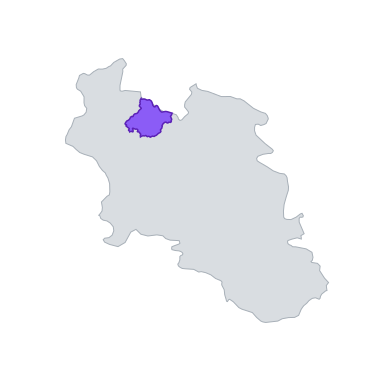 Toplicki highlighted on a map of Republic of Serbia, rotated 166°
{"feature_id": "SRB-835", "entity_name": "Toplicki", "entity_type": "District", "adm_level": 1, "iso_a3": "SRB", "parent_name": "Republic of Serbia", "parent_adm1": "", "projection": "mercator", "projection_center": [21.443, 43.114], "detail": "fine", "context": "in_parent", "style": "filled", "palette": "violet", "viewbox_px": 384, "rotation_deg": 166, "n_neighbors": 0, "source": "natural_earth", "source_scale": "10m", "svg_char_len": 7739}
<svg xmlns="http://www.w3.org/2000/svg" viewBox="0 0 384 384"><g transform="rotate(166 192 192)"><path d="M216.2,147.9L224.9,150.6L228.8,153.2L230.9,156.6L236.5,158.9L245.5,160.0L251.8,163.4L255.4,169.3L261.1,167.9L269.1,159.2L277.0,156.9L284.7,161.1L288.9,164.5L289.7,167.2L287.9,168.3L283.6,167.8L280.0,169.4L277.3,173.2L276.8,177.3L278.8,181.6L281.5,184.5L285.0,186.2L286.9,188.4L287.2,191.3L288.1,192.0L286.1,193.4L283.9,195.3L282.7,198.7L282.3,204.2L275.5,208.4L272.9,209.2L271.7,212.0L269.9,220.0L270.2,226.0L271.1,229.0L271.5,231.5L273.7,234.6L275.7,239.2L277.1,245.4L280.0,250.1L287.7,254.8L291.4,257.5L294.2,261.4L296.4,265.0L302.6,269.7L302.2,273.1L300.8,276.4L299.3,277.9L296.2,282.1L293.2,284.5L288.2,292.0L280.2,292.4L278.3,292.9L275.4,295.0L273.9,298.7L275.3,301.7L275.2,304.7L273.7,310.5L275.6,316.7L278.4,319.6L278.9,321.2L278.4,324.2L274.2,330.1L273.0,332.3L268.8,333.4L267.4,332.8L265.2,330.8L263.2,330.2L258.2,332.6L253.2,334.0L249.2,332.9L245.3,332.8L242.5,333.8L240.5,334.1L236.5,336.7L230.0,338.5L227.0,338.2L225.9,335.8L224.7,332.3L225.3,330.8L229.5,328.0L230.0,325.5L236.0,313.0L237.1,308.9L237.2,307.6L235.6,306.7L232.3,306.7L217.8,301.6L218.5,295.8L214.2,292.6L209.6,289.8L208.8,286.7L203.7,280.3L200.0,276.8L195.2,275.0L191.1,272.4L188.6,270.8L187.5,267.8L187.5,266.0L186.3,264.3L184.3,264.5L180.9,266.9L176.8,268.9L176.0,270.4L177.5,273.9L178.6,276.2L178.1,278.3L176.8,281.0L168.9,286.9L168.0,289.0L169.5,292.3L168.5,293.9L161.9,296.0L162.0,294.2L161.6,291.3L157.8,288.2L152.4,285.8L140.5,277.5L135.9,276.4L131.7,275.4L125.9,271.5L122.8,270.8L119.5,267.9L112.1,258.3L105.9,253.1L101.7,250.5L100.5,247.9L100.2,245.2L100.4,244.3L103.6,240.5L106.1,240.0L109.2,239.9L111.3,241.8L114.1,242.2L115.6,239.7L116.5,236.2L116.1,231.7L109.4,221.3L103.7,214.0L103.1,212.4L104.3,211.0L106.3,210.3L108.4,210.9L114.0,211.4L119.4,210.7L121.2,208.9L121.2,206.5L119.2,204.3L113.0,198.3L108.1,192.9L102.4,188.9L98.1,187.2L96.8,185.1L96.3,182.9L96.8,178.8L97.1,173.6L98.1,170.4L101.9,164.2L105.6,157.7L107.9,151.3L109.1,145.5L108.6,143.8L106.7,142.5L102.6,141.3L97.0,142.4L92.2,144.5L90.4,144.7L89.7,142.0L90.5,140.9L92.0,141.0L93.2,141.5L94.5,140.3L95.3,136.8L93.3,124.4L96.9,123.3L97.0,121.5L97.3,119.9L101.0,122.1L106.2,122.1L110.7,121.7L111.4,120.5L111.4,118.7L110.4,117.3L108.8,116.2L107.6,114.5L104.6,113.7L95.0,109.2L90.2,104.5L90.4,99.4L91.8,96.6L93.4,95.7L92.9,94.7L87.5,92.4L85.6,89.1L87.2,84.9L84.3,76.4L81.4,71.1L84.3,68.8L84.7,65.6L84.9,63.7L86.1,63.8L90.8,61.6L92.5,59.8L93.5,57.8L94.6,57.2L97.8,59.5L101.1,59.7L104.8,58.3L107.6,56.3L111.0,54.7L112.5,53.5L114.4,51.8L118.4,46.5L122.8,45.5L128.7,46.8L135.1,47.2L139.9,46.0L152.1,47.6L154.7,48.8L156.4,50.1L159.6,54.6L162.6,60.4L166.9,63.1L171.9,66.2L174.5,68.5L178.4,75.4L181.4,78.8L182.4,78.7L183.4,77.8L184.1,77.1L184.9,77.7L184.9,79.8L185.1,84.4L184.4,89.4L185.5,94.0L185.5,95.5L184.8,96.8L184.8,98.0L185.9,99.3L190.0,102.3L193.8,107.1L198.2,110.4L202.3,112.5L204.8,112.7L209.0,116.5L217.3,119.2L220.0,120.2L221.8,121.8L223.1,123.6L223.2,125.5L221.9,126.5L220.2,129.1L219.4,132.3L218.1,133.1L216.8,133.2L215.8,134.1L216.0,135.5L217.1,136.8L218.8,138.0L222.2,139.2L225.4,140.9L225.4,142.3L224.7,143.8L220.6,144.3L217.5,144.6L216.1,145.2L216.2,147.9Z" fill="#d9dde1" stroke="#a8b0b8" stroke-width="1"/><path d="M196.6,275.9L192.2,273.3L192.4,273.1L192.7,272.5L193.0,272.1L193.2,271.7L193.3,271.6L193.5,271.5L193.9,271.3L194.0,271.2L194.5,270.6L194.6,270.4L194.4,270.1L194.4,269.9L194.4,269.7L194.3,268.8L194.2,268.2L194.1,267.8L194.2,267.4L194.2,267.2L194.3,267.0L194.8,266.5L195.1,266.1L195.2,265.9L195.1,265.5L195.1,265.3L195.1,265.2L195.4,265.0L195.9,264.9L196.1,264.8L196.3,264.8L196.7,265.1L197.0,265.2L197.4,265.3L197.6,265.3L197.8,265.2L198.2,265.1L198.6,264.8L198.8,264.8L199.3,265.0L199.6,265.2L199.7,265.3L199.8,265.4L199.9,265.7L200.0,265.8L200.5,266.1L200.8,266.2L201.2,266.2L201.4,266.2L201.6,266.2L202.0,266.0L202.4,265.9L202.6,265.7L202.9,265.5L203.2,265.3L203.5,265.2L203.9,265.0L204.0,264.9L204.2,264.6L204.3,264.3L204.4,264.2L204.6,264.1L204.8,264.0L204.9,263.9L205.0,263.8L205.0,263.6L205.0,263.0L205.0,262.9L205.1,262.7L205.4,262.4L205.5,262.2L205.6,261.6L205.8,261.4L205.9,261.2L206.4,260.9L206.8,260.5L207.2,260.3L207.3,260.2L207.5,260.0L207.5,259.8L207.6,259.7L207.6,259.3L207.6,259.2L207.5,258.8L207.5,258.6L207.5,258.4L207.6,258.2L207.9,257.9L208.1,257.8L208.2,257.7L208.3,257.6L208.8,257.4L209.5,257.2L210.1,257.1L210.3,257.1L211.3,256.5L212.4,255.9L212.6,255.8L212.8,255.7L213.1,255.6L213.9,255.5L214.1,255.5L214.3,255.5L214.5,255.4L214.8,255.2L215.1,255.1L215.3,255.1L216.0,255.4L216.3,255.5L216.7,255.7L216.9,255.8L217.0,255.8L217.5,255.7L217.8,255.6L218.3,255.6L218.5,255.6L218.5,255.4L218.8,255.3L219.0,255.3L219.3,255.3L219.5,255.5L219.8,256.0L220.0,256.2L220.1,256.3L220.4,256.4L220.8,256.6L221.0,256.6L221.5,256.6L222.0,256.5L222.6,257.3L222.9,257.8L223.0,257.9L223.1,258.0L223.3,258.0L223.8,257.9L224.2,257.9L224.4,257.9L224.5,257.9L225.1,258.1L225.7,258.3L225.8,258.4L226.2,258.4L226.8,258.4L227.2,258.4L227.4,258.3L227.8,258.2L228.7,257.9L228.6,258.9L228.6,259.0L228.4,259.4L228.3,259.8L228.1,260.0L227.9,260.3L227.8,260.5L227.9,260.8L228.1,261.1L228.3,261.5L228.3,261.8L228.4,262.0L228.7,262.3L228.8,262.6L228.9,262.9L228.9,263.0L229.1,263.2L229.3,263.3L229.9,263.5L230.1,263.5L230.3,263.7L230.4,263.9L230.4,264.0L230.2,264.2L229.9,264.5L229.7,264.9L229.6,265.0L229.6,265.3L229.6,265.5L229.8,265.9L229.9,266.0L230.0,266.1L230.2,266.3L230.4,266.4L230.6,266.5L230.8,266.5L231.6,266.6L231.8,266.7L231.9,266.8L232.1,266.9L232.3,267.1L232.5,267.2L233.0,267.6L233.6,268.0L233.8,268.2L234.0,268.2L234.3,268.0L234.4,267.9L234.4,267.7L234.4,267.4L234.3,267.0L234.2,266.9L234.2,266.7L234.3,266.1L234.4,265.5L234.4,265.3L234.4,265.2L234.5,265.1L234.7,264.8L234.8,264.7L235.0,264.7L235.1,264.8L235.3,264.9L235.4,265.0L235.5,265.2L235.6,265.3L235.9,265.5L236.0,265.5L236.4,265.4L236.5,265.4L237.2,265.6L237.3,265.6L237.5,265.6L237.9,265.4L238.1,266.5L238.3,266.8L238.6,267.2L238.6,267.4L238.6,267.5L238.3,267.8L237.9,268.1L237.7,268.3L237.6,268.5L237.6,268.8L237.7,269.0L238.0,269.4L238.3,269.7L238.4,269.9L239.0,270.5L239.5,271.4L239.9,271.8L240.0,272.0L239.9,272.1L239.8,272.3L239.5,272.5L239.4,272.5L239.3,272.8L239.4,273.1L239.5,273.2L239.7,273.3L239.8,273.4L240.0,273.4L240.3,273.9L240.4,274.1L240.5,274.3L240.4,274.5L240.1,274.9L239.7,275.3L239.4,275.6L238.4,276.5L238.2,276.6L237.6,276.8L237.4,276.8L236.9,276.9L236.6,277.0L236.2,277.1L235.6,277.4L235.0,277.8L234.8,277.9L234.6,278.2L234.3,278.6L234.0,278.8L233.7,279.1L233.5,279.3L233.5,279.5L233.0,279.6L232.5,279.8L232.3,279.9L232.2,279.9L231.6,279.6L231.4,279.5L231.1,279.5L230.9,279.6L230.7,279.8L230.5,280.3L230.4,280.4L230.3,280.5L230.1,280.7L229.7,281.0L229.2,281.4L229.0,281.5L228.9,281.5L228.6,281.6L228.4,281.6L226.6,281.6L226.4,281.6L226.2,281.7L225.9,281.8L225.7,281.9L225.6,282.0L225.0,282.4L224.9,282.5L224.5,283.1L224.3,283.3L224.0,283.6L223.8,283.8L222.3,284.7L221.9,284.9L221.2,285.2L221.1,285.3L221.0,285.5L221.2,286.1L221.4,286.5L221.5,286.6L221.7,286.9L221.8,287.0L221.9,287.4L222.0,287.5L222.2,288.0L222.3,288.1L222.3,288.3L222.2,288.5L222.0,288.8L221.9,289.0L221.7,289.2L221.7,289.3L221.3,289.5L221.1,289.6L221.0,289.8L220.9,289.9L220.9,290.0L220.9,290.4L220.9,290.6L220.9,291.0L220.9,291.4L220.9,291.6L220.4,292.2L220.4,292.4L220.3,292.5L220.3,292.9L220.3,293.1L220.1,293.7L220.0,293.8L218.8,295.0L218.8,294.6L218.3,294.1L217.2,294.0L215.5,293.6L214.9,293.3L213.9,292.4L213.3,292.1L212.7,291.9L211.4,291.9L210.9,291.8L209.4,290.0L209.0,287.7L209.0,285.4L208.1,283.8L207.2,283.6L206.5,284.2L205.8,284.6L204.8,284.0L204.4,283.1L203.6,279.2L202.7,277.5L201.9,276.8L198.3,276.6L197.2,276.2L196.6,275.9Z" fill="#8b5cf6" stroke="#5b21b6" stroke-width="1.5"/></g></svg>